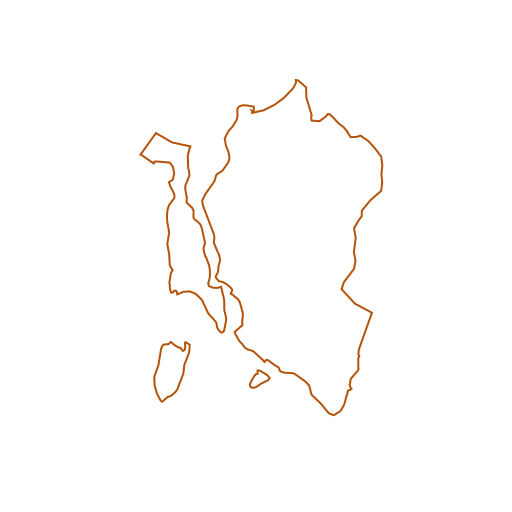 outline of Çanakkale, rotated 300°
{"feature_id": "TUR-2239", "entity_name": "Çanakkale", "entity_type": "Province", "adm_level": 1, "iso_a3": "TUR", "parent_name": "Turkey", "parent_adm1": "", "projection": "equal_earth", "projection_center": [26.526, 40.093], "detail": "fine", "context": "isolated", "style": "outline", "palette": "amber", "viewbox_px": 512, "rotation_deg": 300, "n_neighbors": 0, "source": "natural_earth", "source_scale": "10m", "svg_char_len": 3701}
<svg xmlns="http://www.w3.org/2000/svg" viewBox="0 0 512 512"><g transform="rotate(300 256 256)"><path d="M264.8,384.8L226.5,391.8L222.4,393.6L220.6,395.7L218.7,395.6L210.7,400.3L209.3,401.4L207.1,401.4L197.5,399.6L195.6,399.9L193.2,401.1L191.3,401.4L189.6,403.4L189.3,403.9L188.8,405.1L187.5,404.7L185.6,403.0L171.2,406.7L164.0,406.7L157.0,403.0L156.2,397.8L160.8,385.3L163.6,373.5L170.5,366.8L172.0,361.3L173.3,348.1L172.5,345.6L169.1,338.9L168.4,335.8L168.6,333.7L169.4,332.9L170.3,332.4L170.8,331.0L170.9,325.3L171.8,319.0L171.2,316.9L168.4,316.3L169.4,313.6L172.1,301.7L172.0,300.2L171.0,295.5L170.9,293.4L171.4,291.3L173.0,288.0L173.4,286.1L174.1,283.9L178.0,277.2L179.6,275.5L189.3,278.8L192.1,276.9L198.2,274.2L200.1,273.0L207.8,265.2L209.4,262.5L209.9,260.5L210.2,257.5L210.8,256.0L210.9,255.1L210.7,254.0L210.7,253.1L211.4,252.7L213.3,252.8L214.3,252.6L215.1,251.9L216.2,248.9L216.9,244.5L216.8,240.0L215.6,236.5L216.8,233.0L217.7,231.5L219.0,231.2L221.3,231.3L223.8,230.8L228.5,228.6L234.5,227.0L237.9,224.1L245.9,213.4L247.5,212.3L249.1,211.7L251.6,210.4L253.9,208.5L273.2,184.8L277.0,181.7L284.4,181.2L300.0,182.6L306.2,181.1L308.2,181.7L312.9,184.3L323.2,185.2L327.2,184.3L332.2,180.3L336.7,174.6L342.2,170.1L350.6,169.7L356.7,171.0L363.7,171.2L367.7,170.2L373.8,166.4L376.6,166.4L379.6,168.7L381.5,172.1L384.2,179.3L381.7,181.1L380.5,181.1L379.6,180.1L379.6,179.9L379.3,180.4L378.0,181.1L385.8,189.6L395.9,196.3L406.6,201.0L419.5,204.2L424.5,204.2L426.5,203.8L428.3,202.6L429.1,204.7L427.1,215.1L418.4,220.4L405.9,233.7L403.1,234.7L401.1,236.5L404.5,243.6L411.6,246.7L414.8,247.2L415.6,248.7L414.6,253.4L412.2,261.0L411.4,267.3L409.4,272.9L408.2,274.6L406.3,278.6L409.5,283.7L412.5,286.3L411.7,295.9L408.5,305.7L404.7,314.7L397.6,320.1L389.9,323.5L382.7,328.6L374.9,331.8L361.5,327.2L348.2,325.0L343.2,327.7L337.5,327.0L329.1,327.0L321.4,333.4L308.3,338.8L301.6,344.6L293.8,347.3L277.4,345.2L270.1,346.7L264.2,365.5L264.8,384.8ZM318.1,144.4L315.6,144.7L308.7,146.8L298.3,153.3L295.6,155.9L292.4,158.1L281.3,159.7L277.9,161.8L272.0,166.9L269.6,168.0L267.5,169.4L265.9,176.4L264.0,179.3L258.2,182.5L257.0,184.3L256.6,188.3L255.5,192.1L252.8,195.3L242.8,204.5L241.6,205.4L236.3,206.7L233.9,208.7L230.1,212.6L230.0,213.5L229.1,214.4L224.4,220.1L221.1,222.8L217.0,225.4L212.7,227.3L208.9,228.1L206.4,230.1L207.0,234.5L209.3,238.9L211.9,241.1L203.2,249.4L200.5,251.4L193.3,255.6L187.8,260.8L185.6,262.2L176.0,265.5L174.1,265.7L172.3,264.4L172.8,261.6L174.2,258.8L175.3,257.5L178.3,255.2L180.3,250.2L181.7,245.2L182.7,242.9L190.9,231.3L193.1,222.8L192.2,216.3L188.8,211.2L183.4,207.0L185.3,205.5L185.9,203.9L185.1,202.6L182.8,202.2L181.9,201.1L183.6,198.8L186.0,196.8L187.2,196.4L189.2,194.5L198.5,190.9L202.1,190.8L204.8,186.0L213.7,180.2L222.2,173.1L232.9,169.1L240.9,162.3L246.0,158.9L251.7,156.3L256.6,155.2L265.1,156.3L267.6,155.2L270.0,152.5L273.8,146.6L276.4,143.7L280.7,145.8L286.5,143.9L291.6,139.6L293.8,134.6L288.3,122.9L286.8,120.8L285.0,121.1L285.1,119.9L286.3,106.0L286.1,105.3L312.4,107.9L312.4,126.6L318.1,144.4ZM146.1,238.0L146.1,242.9L142.1,245.0L138.0,246.5L125.8,248.4L117.8,251.9L101.4,254.5L97.7,254.2L93.3,252.7L91.2,251.5L90.3,250.2L82.9,247.6L82.9,246.1L87.1,239.3L93.0,233.1L100.3,228.4L112.6,226.1L128.2,220.2L130.5,219.9L132.7,220.1L133.9,221.2L134.9,223.0L136.3,224.5L138.8,225.0L138.8,226.6L138.3,228.6L138.0,231.6L138.0,234.6L138.8,236.5L137.2,240.2L139.0,241.2L142.2,240.1L144.9,238.0L146.1,238.0ZM154.7,316.3L157.7,314.6L158.7,316.9L158.5,325.3L157.2,328.9L154.4,328.6L148.5,324.5L143.1,321.9L140.7,320.0L139.7,317.1L141.1,315.2L144.4,314.5L150.9,314.5L152.1,314.8L152.9,314.8L153.7,315.1L154.7,316.3Z" fill="none" stroke="#b45309" stroke-width="2"/></g></svg>